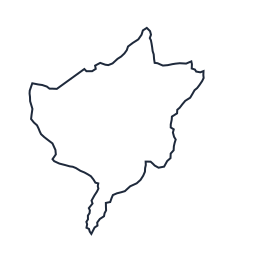 outline of Almirante Tamandaré, Paraná, Brazil, rotated 252°
{"feature_id": "56859067B17668473483044", "entity_name": "Almirante Tamandaré", "entity_type": "district", "adm_level": 2, "iso_a3": "BRA", "parent_name": "Brazil", "parent_adm1": "Paraná", "projection": "equal_earth", "projection_center": [-49.335, -25.305], "detail": "fine", "context": "isolated", "style": "outline", "palette": "slate", "viewbox_px": 256, "rotation_deg": 252, "n_neighbors": 0, "source": "geoboundaries", "source_scale": "gbopen_adm2", "svg_char_len": 1911}
<svg xmlns="http://www.w3.org/2000/svg" viewBox="0 0 256 256"><g transform="rotate(252 128 128)"><path d="M200.1,50.8L196.7,48.2L193.9,46.1L191.1,45.0L187.9,44.4L183.7,43.2L175.7,43.0L170.0,40.2L166.5,38.6L162.3,40.2L158.7,42.3L155.1,42.8L152.0,43.0L149.0,43.4L145.1,45.6L139.7,49.3L136.7,51.4L129.5,52.2L125.2,51.2L121.7,46.6L119.3,47.5L115.4,51.7L112.1,56.9L109.5,60.8L108.2,63.5L106.0,66.1L102.0,69.5L99.2,72.8L96.2,75.6L93.6,77.8L89.8,79.2L86.1,80.1L84.5,82.6L82.1,81.3L79.5,81.1L77.1,78.8L74.2,75.2L70.2,70.9L67.1,70.9L63.9,66.0L61.5,66.3L58.9,65.1L57.1,62.8L53.5,61.7L51.6,59.4L49.1,59.4L46.0,57.7L44.1,59.7L41.3,59.6L38.6,60.4L43.7,65.5L44.6,68.8L47.6,69.5L50.2,73.1L51.5,77.9L54.2,79.4L56.4,81.7L59.3,82.5L63.6,83.8L63.1,88.2L66.5,90.8L68.9,92.9L69.3,97.3L69.0,101.7L68.9,105.5L71.9,112.1L72.7,119.2L74.8,123.9L77.9,127.7L81.2,130.6L84.6,131.9L87.3,133.5L90.6,134.4L89.0,139.1L86.4,140.6L84.0,141.8L80.8,144.8L80.1,150.4L84.5,155.1L86.2,159.1L90.5,160.7L92.7,164.5L96.5,166.0L99.5,167.8L102.3,169.8L105.4,169.1L109.8,169.3L112.6,171.1L115.3,168.8L118.3,169.8L122.3,172.1L125.3,173.3L126.8,179.2L130.1,180.5L131.3,183.4L133.7,186.9L136.2,190.9L137.6,196.5L140.3,199.6L143.4,203.0L144.6,206.1L146.6,209.0L149.7,213.0L152.2,215.4L155.0,216.0L158.8,217.4L158.6,214.0L160.6,210.3L162.9,209.7L164.9,207.0L168.9,208.5L171.8,208.8L171.3,203.2L173.6,197.3L174.5,193.1L175.0,190.0L175.5,185.2L176.6,180.5L178.4,178.4L180.5,176.1L181.7,173.5L185.5,174.1L190.1,175.2L193.5,175.2L197.2,175.9L201.0,176.5L204.4,176.9L206.8,176.5L209.6,178.7L213.3,178.9L217.4,176.8L216.2,172.3L212.5,169.7L209.1,165.2L207.4,158.7L205.5,153.2L202.4,150.9L200.0,147.6L198.1,143.6L197.0,139.4L194.2,133.3L193.9,128.7L195.2,126.0L198.5,121.7L197.5,116.0L194.2,115.6L193.1,111.4L194.9,106.0L197.6,104.7L187.2,72.4L188.6,68.7L189.7,65.5L192.5,63.6L195.4,59.7L197.2,56.0L200.1,50.8Z" fill="none" stroke="#1e293b" stroke-width="2"/></g></svg>